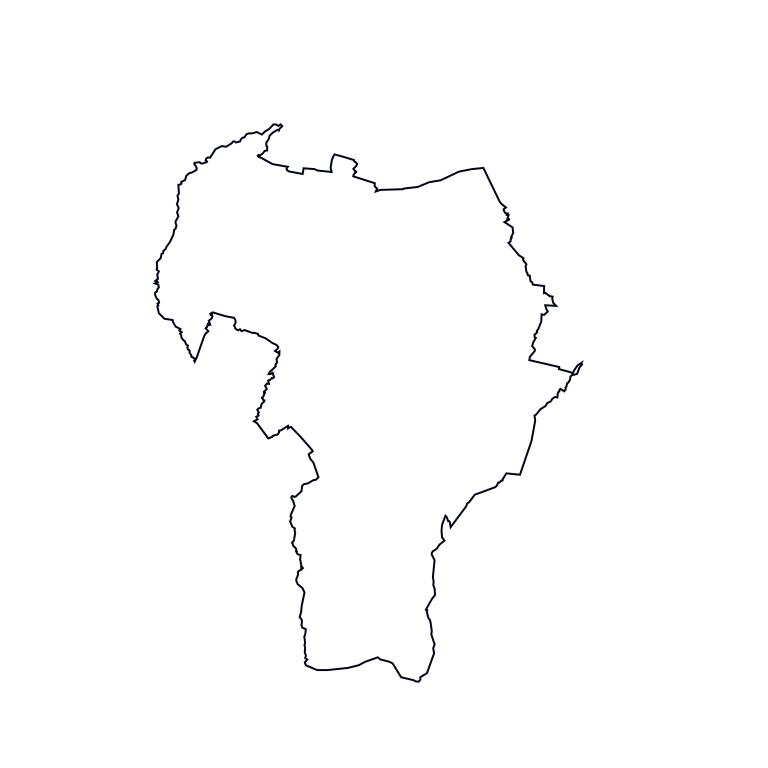 Yecapixtla, Morelos, Mexico (orthographic projection), rotated 155°
{"feature_id": "50627088B43090651805333", "entity_name": "Yecapixtla", "entity_type": "district", "adm_level": 2, "iso_a3": "MEX", "parent_name": "Mexico", "parent_adm1": "Morelos", "projection": "orthographic", "projection_center": [-98.86, 18.859], "detail": "fine", "context": "isolated", "style": "outline", "palette": "ink", "viewbox_px": 768, "rotation_deg": 155, "n_neighbors": 0, "source": "geoboundaries", "source_scale": "gbopen_adm2", "svg_char_len": 6165}
<svg xmlns="http://www.w3.org/2000/svg" viewBox="0 0 768 768"><g transform="rotate(155 384 384)"><path d="M492.4,111.0L482.3,103.0L480.8,100.9L478.3,99.6L476.0,100.6L475.1,102.9L467.2,103.8L452.4,118.8L451.1,123.7L448.2,126.6L446.9,137.2L445.1,139.9L442.5,148.5L442.1,150.9L442.7,153.0L441.3,160.0L440.4,160.7L441.4,161.8L431.1,169.1L426.9,171.2L424.6,177.2L424.3,180.8L422.5,184.1L421.3,188.3L412.6,203.0L412.8,209.1L412.2,210.6L410.5,211.7L405.8,212.4L401.8,214.9L395.4,216.5L396.2,220.5L393.7,227.1L390.8,231.9L384.0,238.6L383.4,236.9L383.8,232.6L382.8,232.0L382.8,230.7L384.1,226.1L361.2,238.4L358.9,240.7L356.9,240.8L348.6,245.3L326.9,243.5L325.2,243.9L322.0,246.4L321.2,245.9L318.4,246.9L317.4,246.4L316.7,247.5L310.9,251.3L299.1,244.3L274.6,269.8L262.5,286.8L260.9,291.8L259.0,292.0L252.7,295.1L246.9,295.8L244.3,297.7L240.1,297.8L237.7,299.4L234.7,300.0L232.6,298.5L230.5,302.0L229.2,303.1L228.4,303.1L227.2,304.7L226.2,305.0L223.7,301.2L221.5,302.4L221.0,304.1L219.8,304.5L217.9,307.1L215.8,307.6L213.6,309.3L212.2,311.6L210.2,312.6L204.8,311.5L199.9,316.3L196.3,318.1L197.1,319.1L196.7,319.2L196.1,319.7L200.9,319.0L206.7,315.5L207.7,314.3L208.8,314.3L209.9,315.8L219.1,323.5L218.0,325.3L242.2,344.2L240.3,347.0L233.4,350.2L232.6,351.7L233.7,355.8L231.0,358.8L226.9,361.6L227.7,362.7L226.9,364.9L223.4,366.1L223.1,367.5L221.1,368.5L215.1,374.1L211.7,380.5L209.7,379.0L205.0,380.4L205.2,383.9L204.6,387.2L195.0,382.1L196.3,385.9L195.6,389.8L194.3,391.9L196.6,393.5L199.4,398.5L200.6,398.7L197.5,405.1L207.1,411.2L206.8,413.4L207.7,415.6L206.1,420.7L207.3,421.2L207.7,422.1L207.2,423.7L207.5,425.6L205.8,431.1L204.6,431.9L204.3,433.3L205.3,435.6L205.4,438.2L204.4,439.1L207.3,443.6L211.5,459.3L209.0,459.8L208.2,461.4L206.6,462.4L206.9,463.1L203.0,466.4L201.3,471.6L206.4,479.8L201.3,480.1L201.1,480.8L202.4,481.6L199.7,484.5L201.1,485.3L199.8,486.3L201.7,487.2L202.1,489.7L201.8,491.8L198.9,492.5L201.4,497.5L202.1,500.5L202.6,537.8L213.8,541.7L226.5,544.8L246.6,544.7L257.8,547.8L270.1,548.3L283.2,552.7L284.6,552.6L305.2,561.4L310.0,562.0L307.7,563.8L308.9,567.1L307.5,569.9L324.1,585.2L323.0,586.5L321.1,587.6L319.8,587.6L319.4,588.4L320.4,589.5L320.8,592.0L316.7,593.5L315.4,594.7L315.8,596.8L316.9,598.3L316.6,599.7L325.9,608.0L331.8,613.0L333.0,612.3L336.6,609.0L341.0,602.5L341.9,598.3L353.9,605.5L356.3,608.2L365.7,613.5L369.0,608.7L380.5,617.0L381.6,619.1L381.2,620.5L379.4,621.5L392.1,630.4L399.8,641.0L401.7,642.8L401.9,644.4L400.9,644.7L399.5,643.6L396.5,644.2L393.5,645.7L391.2,645.0L389.6,648.5L389.9,649.8L388.6,652.6L385.2,654.5L382.7,657.4L378.6,658.8L373.2,659.4L372.2,658.1L370.7,659.5L367.3,660.7L368.0,663.0L370.7,662.6L372.3,665.0L374.6,665.9L380.2,663.7L385.2,663.1L389.3,661.7L392.8,666.1L398.1,667.0L400.5,668.3L403.3,668.4L406.4,666.5L408.0,667.0L410.2,666.3L411.9,664.7L416.0,665.4L417.2,667.3L418.6,667.5L420.4,666.5L426.8,665.8L430.6,668.2L437.5,668.0L446.0,662.6L447.8,663.7L449.9,663.5L451.2,661.9L450.3,660.4L450.8,660.0L455.5,660.6L456.9,661.5L457.4,663.0L462.3,664.5L463.0,663.5L462.4,660.6L462.6,658.5L463.5,657.3L468.7,656.8L471.4,657.4L475.3,656.2L478.0,652.9L482.3,652.9L482.8,651.4L483.7,650.9L486.2,651.4L489.4,643.2L491.5,642.1L492.5,637.9L495.7,634.5L495.7,630.3L499.0,627.0L499.5,622.8L504.1,619.5L504.8,618.4L505.1,615.3L507.4,612.8L509.1,612.3L511.5,608.6L518.1,603.1L523.4,600.1L524.8,598.7L527.9,597.7L529.0,595.8L530.7,595.9L533.1,592.5L538.4,590.5L540.6,584.9L541.7,583.8L540.5,581.2L543.3,578.9L544.4,574.9L547.6,574.1L546.2,573.0L546.0,572.0L549.1,572.0L546.6,569.5L547.2,566.8L549.4,565.6L551.0,563.7L552.7,563.6L553.4,562.8L553.9,559.8L553.8,557.2L553.0,555.6L553.2,553.6L553.5,552.7L555.3,552.6L555.4,550.5L556.6,550.2L558.1,543.4L555.4,535.9L548.5,531.3L549.0,529.5L548.6,524.1L545.3,519.9L546.9,519.0L545.4,516.5L547.5,516.0L547.2,513.7L548.0,511.9L547.3,508.3L546.5,507.5L546.5,503.3L545.4,501.6L546.8,500.2L547.1,498.1L546.2,497.2L546.2,495.8L547.0,494.9L546.5,491.0L547.0,490.2L544.4,486.5L544.5,485.8L546.2,485.5L546.2,484.2L542.8,486.9L527.0,503.1L525.0,504.8L520.9,506.1L522.1,509.9L520.4,510.4L519.3,511.7L517.3,511.3L518.0,513.0L517.0,513.1L516.4,512.2L516.0,515.4L512.8,516.1L510.9,517.8L510.6,519.7L511.9,519.9L511.8,521.0L509.1,521.4L499.1,512.5L491.9,507.3L491.7,504.6L492.7,502.1L495.3,500.2L494.9,498.4L495.4,497.6L494.8,496.1L493.5,494.3L491.4,494.5L490.8,492.1L487.6,491.8L481.8,486.0L479.7,485.1L476.9,482.5L477.3,481.0L471.8,475.2L467.9,468.4L464.9,464.8L464.2,462.1L465.6,460.9L468.8,460.0L466.8,457.0L465.1,457.6L466.5,454.6L470.8,452.1L471.8,448.9L474.3,447.2L474.7,445.7L482.6,443.1L484.3,441.7L482.0,440.9L480.2,441.2L480.8,436.5L482.6,436.2L483.3,436.8L485.3,435.9L487.5,436.1L488.2,432.6L489.8,433.8L492.5,432.7L492.4,429.0L496.1,427.7L496.3,427.1L495.6,427.2L495.4,426.6L499.5,423.0L500.4,423.1L500.1,420.2L499.3,419.6L500.4,418.6L503.3,417.7L505.8,414.6L508.4,414.9L509.8,414.2L509.4,411.2L510.7,410.6L511.0,408.4L513.6,408.3L513.5,405.4L517.6,405.2L515.6,402.1L511.9,383.6L507.7,383.3L506.7,384.1L501.9,383.2L499.8,384.3L498.8,386.1L496.9,385.5L489.3,386.6L488.7,386.6L489.7,384.3L487.9,384.7L486.4,384.3L482.0,371.6L477.1,354.7L477.1,353.1L481.9,352.2L482.2,350.7L482.4,347.3L481.2,342.6L482.8,327.2L486.2,326.0L488.6,326.7L495.0,326.1L499.3,327.1L501.5,325.9L504.1,321.7L511.6,319.3L512.9,319.5L514.0,321.0L515.0,321.2L516.1,320.3L515.8,316.4L516.5,311.2L523.9,304.7L524.7,303.1L524.2,302.2L524.6,301.5L527.1,299.2L527.4,293.2L525.8,290.9L527.2,288.3L527.3,286.7L531.2,281.1L532.6,279.6L534.3,279.2L534.6,275.4L533.3,272.3L533.8,269.3L534.4,269.4L534.2,266.1L531.9,264.3L534.1,260.5L535.8,253.8L535.3,251.4L536.7,251.1L536.9,251.9L537.4,250.7L540.4,250.6L541.9,249.6L542.3,247.7L546.1,244.0L546.7,242.5L546.8,239.0L544.1,233.4L544.2,228.6L552.3,217.8L555.5,212.3L558.9,208.5L558.2,205.1L559.2,202.4L560.5,200.9L561.1,197.7L558.6,195.1L558.9,194.0L561.4,190.1L563.0,188.8L564.7,183.2L566.5,180.7L566.9,178.3L569.1,174.6L569.7,170.6L571.2,169.0L570.0,166.7L573.4,165.3L573.6,164.3L573.7,162.1L565.5,153.0L555.8,148.5L536.6,141.9L525.7,139.8L518.7,140.2L505.1,138.9L503.8,136.0L497.1,130.5L494.3,127.3L492.4,111.0Z" fill="none" stroke="#020617" stroke-width="2"/></g></svg>